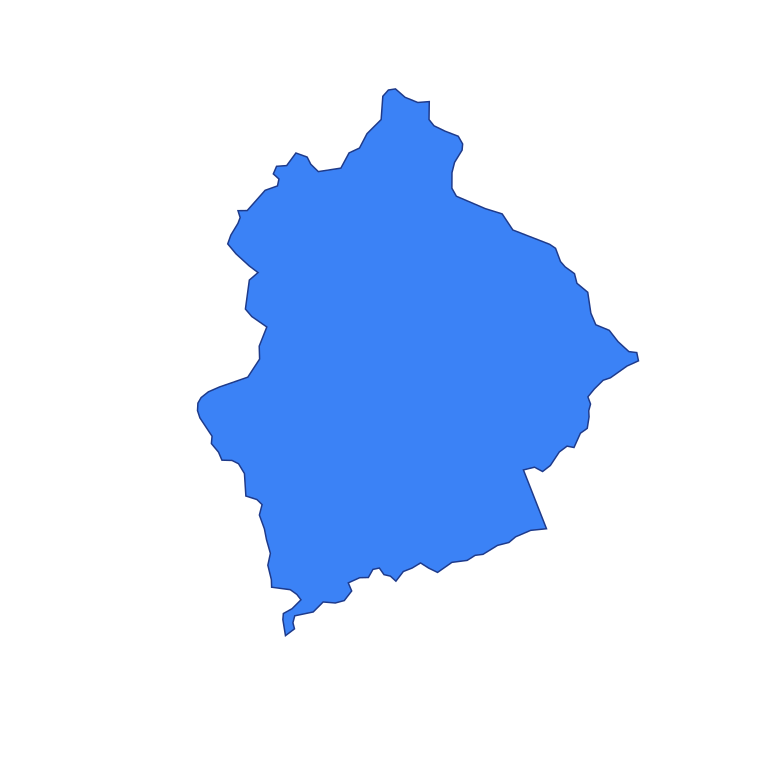 outline of Caraá, Rio Grande do Sul, Brazil, rotated 300°
{"feature_id": "56859067B89739893768390", "entity_name": "Caraá", "entity_type": "district", "adm_level": 2, "iso_a3": "BRA", "parent_name": "Brazil", "parent_adm1": "Rio Grande do Sul", "projection": "mercator", "projection_center": [-50.349, -29.77], "detail": "fine", "context": "isolated", "style": "filled", "palette": "blue", "viewbox_px": 768, "rotation_deg": 300, "n_neighbors": 0, "source": "geoboundaries", "source_scale": "gbopen_adm2", "svg_char_len": 1899}
<svg xmlns="http://www.w3.org/2000/svg" viewBox="0 0 768 768"><g transform="rotate(300 384 384)"><path d="M651.2,282.0L644.7,272.5L642.8,258.9L645.3,246.4L640.8,240.8L632.6,239.1L611.6,249.3L592.3,244.1L576.1,244.8L566.7,238.2L549.4,238.7L535.1,220.9L537.7,210.7L542.1,204.0L540.0,192.2L524.5,190.5L518.8,182.1L510.6,183.1L509.0,190.5L502.3,192.7L492.3,184.2L465.8,178.8L461.1,170.9L456.2,176.2L450.1,177.2L436.4,176.9L427.2,178.6L422.7,190.8L418.9,208.1L417.5,219.2L406.7,215.4L379.6,226.5L376.3,235.8L374.8,254.0L354.4,257.0L343.4,263.8L321.8,262.6L299.3,243.1L289.4,235.8L280.8,232.4L274.4,232.4L267.7,235.8L262.6,241.5L252.8,261.2L246.1,264.3L242.2,274.8L237.0,281.7L241.8,290.6L242.2,297.9L236.7,307.9L217.9,320.4L220.4,331.7L218.6,338.7L208.2,341.6L198.8,352.8L190.4,360.1L180.5,370.3L169.0,374.0L158.2,384.3L151.8,388.3L159.0,405.7L158.2,413.7L155.6,420.0L143.4,416.7L134.9,411.6L129.4,414.2L116.8,424.5L127.2,428.9L131.7,424.5L138.6,422.6L151.2,436.7L164.8,440.3L170.0,451.3L176.6,457.9L188.6,459.5L193.9,452.5L204.1,459.8L208.6,467.2L217.9,467.1L222.3,472.0L218.9,479.3L220.8,485.6L219.2,492.9L231.3,494.5L238.7,500.4L247.3,505.1L246.9,514.7L247.6,524.6L263.5,532.0L272.8,544.2L281.2,548.6L286.0,554.9L301.0,563.0L309.2,571.4L317.5,574.4L330.6,584.2L339.9,597.1L345.0,590.7L379.3,547.7L387.2,555.9L387.5,565.1L396.6,568.8L412.8,569.8L421.7,573.6L424.0,580.3L439.6,578.7L447.2,582.2L458.1,578.0L463.2,574.7L469.9,572.9L474.8,567.0L484.7,568.6L496.8,571.9L502.6,577.0L521.1,585.5L531.3,592.8L537.6,587.2L534.5,579.9L536.1,572.6L537.7,565.5L543.1,552.2L541.2,537.8L548.8,527.7L565.3,514.6L567.7,500.7L574.8,493.8L576.0,482.3L578.3,475.6L587.3,464.7L587.8,457.6L581.8,418.6L590.4,401.3L586.5,383.9L582.8,352.8L587.5,344.9L601.0,337.2L611.2,334.3L625.6,334.7L631.2,332.1L635.7,324.4L633.5,310.5L632.6,298.2L635.5,290.8L651.2,282.0Z" fill="#3b82f6" stroke="#1e3a8a" stroke-width="1.5"/></g></svg>